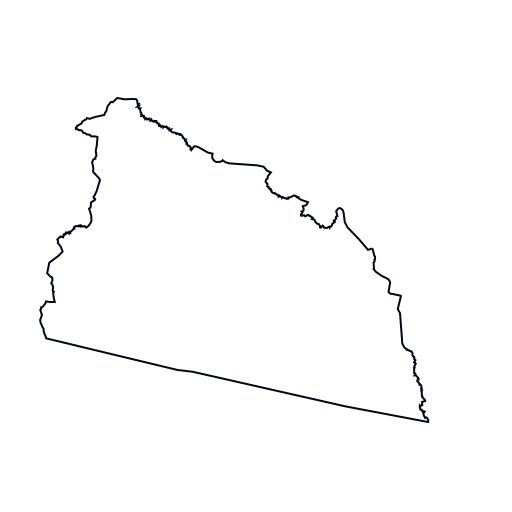 the district of Kabambare, Maniema, Democratic Republic of the Congo, rotated 12°
{"feature_id": "63176286B85957320837216", "entity_name": "Kabambare", "entity_type": "district", "adm_level": 2, "iso_a3": "COD", "parent_name": "Democratic Republic of the Congo", "parent_adm1": "Maniema", "projection": "orthographic", "projection_center": [27.672, -4.419], "detail": "fine", "context": "isolated", "style": "outline", "palette": "ink", "viewbox_px": 512, "rotation_deg": 12, "n_neighbors": 0, "source": "geoboundaries", "source_scale": "gbopen_adm2", "svg_char_len": 6027}
<svg xmlns="http://www.w3.org/2000/svg" viewBox="0 0 512 512"><g transform="rotate(12 256 256)"><path d="M253.2,171.1L249.1,170.3L244.9,167.1L238.2,167.1L210.2,171.0L206.4,170.6L203.5,169.2L203.0,170.2L201.2,171.4L197.5,172.3L195.7,171.8L193.2,169.7L192.4,167.9L192.2,164.9L187.8,164.9L176.3,161.3L173.4,161.3L172.5,162.0L170.8,165.6L170.3,164.6L169.8,165.1L169.6,164.4L169.9,164.2L168.9,162.7L167.5,162.0L166.5,162.3L165.3,160.8L164.6,160.7L165.0,159.6L163.4,158.7L163.7,158.1L162.6,157.8L162.8,157.0L162.5,157.2L160.4,155.5L159.8,155.5L159.7,154.6L158.8,153.7L157.7,153.2L156.8,153.3L156.9,152.5L156.0,152.5L155.3,153.0L154.6,152.5L153.4,152.5L153.1,153.2L152.3,153.0L151.8,152.2L148.4,152.4L146.7,151.4L146.3,150.8L146.5,150.2L145.8,150.7L145.8,150.1L144.9,150.1L144.7,149.7L144.4,150.3L143.6,149.5L143.2,149.8L142.8,149.6L142.5,148.5L141.9,148.2L141.8,148.6L141.1,148.2L140.5,148.7L139.6,148.5L139.2,148.9L139.3,148.4L138.8,148.3L138.0,148.8L137.6,148.6L136.7,149.3L136.6,148.9L136.3,149.2L135.9,148.7L135.1,148.4L134.5,148.6L134.5,148.9L134.2,148.9L134.2,148.5L133.7,148.9L134.3,147.7L133.6,147.5L133.2,146.6L131.8,146.7L131.4,146.0L130.7,145.8L130.4,144.7L130.0,144.8L130.3,145.1L130.0,145.6L128.5,145.6L128.3,145.3L127.7,145.9L126.6,145.0L125.4,145.2L125.2,144.8L125.1,145.2L124.8,144.9L124.5,145.2L124.4,144.5L124.0,144.7L123.2,144.0L122.9,144.5L122.4,144.0L121.8,144.4L121.8,143.9L121.5,144.6L120.9,144.4L120.8,144.8L120.1,144.6L120.0,144.9L119.4,144.5L119.6,144.2L119.2,144.7L119.1,144.1L118.5,144.3L118.3,143.7L117.9,143.8L117.5,143.0L117.3,143.4L116.5,142.4L115.5,142.6L115.7,142.3L115.2,142.6L115.2,142.3L114.7,142.6L114.5,141.5L114.1,141.3L114.4,140.5L114.1,140.0L113.1,139.3L113.0,138.5L111.9,136.6L112.2,135.7L111.5,135.9L111.0,135.5L110.6,135.9L109.5,134.6L109.9,133.9L109.1,134.3L109.4,133.8L109.3,133.1L110.1,133.3L109.3,132.6L109.7,131.5L108.5,131.6L107.3,128.4L106.3,127.6L105.2,127.5L104.7,127.9L102.8,128.0L95.2,130.0L87.4,130.3L84.0,135.3L82.0,135.5L79.7,140.4L79.5,145.1L78.5,147.6L78.3,149.6L69.8,153.4L64.8,156.4L61.9,156.3L61.4,157.7L58.3,160.3L57.8,162.5L55.2,165.0L54.1,165.7L53.8,167.1L53.0,168.3L53.6,169.3L55.4,169.1L56.2,169.7L59.4,169.4L61.4,171.4L62.5,171.2L65.3,172.2L68.3,172.0L69.9,173.2L74.4,172.4L76.3,172.7L77.3,181.3L77.4,186.6L79.1,191.3L78.3,192.8L78.7,194.2L76.9,195.3L76.2,198.3L78.6,203.9L79.2,207.6L86.5,212.7L87.6,214.3L86.6,225.8L85.5,230.4L84.8,231.8L85.3,233.1L86.4,233.3L86.9,234.2L86.4,235.1L83.8,237.5L83.5,238.4L84.1,241.7L83.9,243.3L82.9,244.4L86.4,250.7L87.8,256.2L86.7,259.7L86.0,261.2L84.1,263.5L82.9,262.8L81.4,263.0L81.5,262.7L79.0,263.4L78.8,262.6L78.2,262.3L77.7,262.6L77.7,263.2L77.1,262.8L76.5,262.9L76.3,264.0L74.8,263.8L72.8,264.7L72.6,265.6L72.0,265.8L72.6,267.2L71.7,267.5L70.9,269.2L70.0,270.2L69.4,271.3L69.6,272.2L68.9,272.3L69.1,271.7L68.8,271.4L68.6,271.9L67.8,271.9L67.9,272.4L67.3,271.9L67.0,272.8L65.3,272.5L65.2,274.2L64.1,274.2L63.5,274.7L63.9,275.5L63.4,275.6L63.5,276.8L63.0,277.0L63.3,277.8L60.7,277.6L60.5,278.3L59.3,279.2L59.1,280.2L58.2,281.2L59.4,282.9L59.5,284.5L63.2,287.6L65.9,291.9L62.9,296.7L55.2,305.5L55.3,316.3L58.5,318.4L61.1,319.5L62.0,322.1L61.4,325.4L62.4,325.9L63.2,326.9L63.3,327.8L64.0,328.3L64.3,331.8L64.8,332.8L65.7,333.0L65.3,334.4L67.1,339.6L68.7,342.8L64.4,343.8L60.1,344.1L59.9,346.0L58.3,349.3L57.4,350.6L56.5,350.9L56.8,352.5L56.2,353.6L58.9,358.3L58.2,363.4L59.0,365.8L62.4,370.5L63.3,371.1L63.7,373.0L65.1,376.0L66.3,377.3L67.9,380.2L202.9,383.8L218.2,382.4L374.5,384.5L459.0,382.6L458.5,380.7L457.3,379.0L455.9,378.5L455.1,379.2L453.2,376.9L452.1,374.6L452.9,374.3L453.3,373.1L452.4,372.9L451.8,373.4L450.7,373.0L450.1,371.9L448.6,372.0L447.4,369.1L447.4,368.3L447.8,368.7L448.0,368.1L448.4,368.2L449.7,367.3L449.1,366.1L449.2,364.8L448.8,364.1L451.6,362.8L451.5,362.0L447.6,359.2L447.5,358.7L447.8,358.5L446.8,356.9L446.7,355.1L445.9,353.9L446.3,353.3L445.8,353.1L445.9,352.4L445.2,351.6L445.7,351.1L445.0,350.2L444.9,348.9L444.4,348.1L442.7,347.9L443.0,347.2L439.8,344.9L439.7,343.7L439.9,343.1L440.7,343.0L440.4,341.9L437.8,339.9L436.5,339.5L436.0,339.7L436.5,338.3L436.2,337.8L434.9,337.5L434.3,333.8L433.8,332.9L434.2,332.7L434.4,332.0L433.7,330.8L434.7,328.2L433.8,327.4L433.5,327.6L432.7,327.0L433.6,324.7L432.2,323.9L432.1,322.8L431.6,322.6L431.6,321.7L430.5,321.4L429.7,320.6L429.3,318.5L428.4,317.4L427.9,317.4L427.6,316.9L425.9,316.9L425.6,316.5L423.2,316.4L422.9,315.7L422.2,315.8L419.9,314.3L417.3,311.2L408.8,282.1L405.7,278.4L406.1,265.7L405.8,264.8L397.2,264.7L395.2,265.0L393.1,263.6L392.7,253.8L390.4,251.2L382.9,249.2L376.7,246.6L373.7,244.3L373.9,243.3L372.4,238.0L373.2,236.3L372.6,235.2L373.1,234.2L372.5,231.8L371.8,231.3L368.7,225.1L367.5,224.8L364.3,226.7L353.5,218.4L339.6,209.0L335.8,204.4L332.7,195.5L331.6,193.4L330.1,192.3L328.5,191.8L327.5,191.8L326.5,192.6L325.1,195.5L327.3,200.0L326.4,200.6L326.0,201.6L326.7,202.4L326.0,204.0L325.0,205.0L325.6,205.3L325.9,206.0L325.1,206.0L325.3,207.2L324.0,208.5L323.9,210.2L323.2,211.6L322.4,212.0L322.3,212.4L322.1,211.9L321.5,212.1L319.8,213.7L316.9,214.2L315.5,212.6L314.8,212.4L313.7,214.7L313.0,214.9L312.6,214.6L312.3,213.3L310.6,211.6L309.2,211.8L307.1,210.4L305.6,208.3L303.1,208.2L303.7,207.2L303.5,206.7L301.9,206.3L300.9,205.6L299.6,205.6L298.7,204.9L297.8,205.3L296.2,206.9L295.8,207.0L294.5,206.0L293.1,206.9L291.6,207.1L291.4,205.8L292.4,203.7L291.3,202.9L292.9,201.8L293.0,201.2L292.6,199.5L291.4,197.5L294.2,196.1L295.0,194.9L295.6,192.5L288.6,191.7L284.2,190.1L284.8,189.6L280.8,188.8L275.8,192.5L275.5,192.3L275.3,193.5L274.3,193.2L273.7,193.7L273.0,193.3L271.9,193.5L270.6,192.9L269.8,193.1L269.4,193.8L269.0,192.9L267.5,192.9L267.3,192.5L266.4,192.8L266.2,192.4L265.6,193.2L264.9,191.8L263.8,191.8L263.0,191.0L261.3,191.2L261.0,190.5L259.1,190.8L257.7,189.8L257.7,189.0L256.8,188.7L256.8,188.1L256.2,187.6L255.1,187.4L254.9,187.1L255.2,187.0L254.1,186.5L254.0,185.9L253.4,186.0L252.5,185.5L252.3,183.2L249.9,181.3L250.1,178.8L251.2,177.9L250.9,175.7L253.2,171.1Z" fill="none" stroke="#020617" stroke-width="2"/></g></svg>